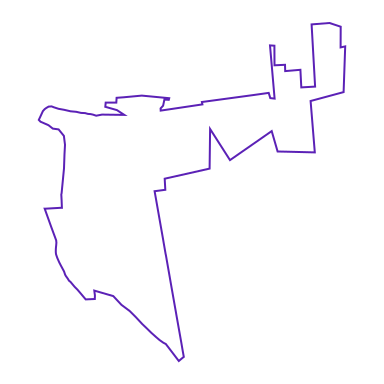 Guadalupe Etla, Oaxaca, Mexico
{"feature_id": "50627088B16387311054674", "entity_name": "Guadalupe Etla", "entity_type": "district", "adm_level": 2, "iso_a3": "MEX", "parent_name": "Mexico", "parent_adm1": "Oaxaca", "projection": "equal_earth", "projection_center": [-96.805, 17.176], "detail": "fine", "context": "isolated", "style": "outline", "palette": "violet", "viewbox_px": 384, "rotation_deg": 0, "n_neighbors": 0, "source": "geoboundaries", "source_scale": "gbopen_adm2", "svg_char_len": 1808}
<svg xmlns="http://www.w3.org/2000/svg" viewBox="0 0 384 384"><path d="M314.8,152.4L310.6,101.0L343.6,92.1L345.2,46.4L340.6,47.4L340.7,26.7L329.5,23.0L311.6,24.4L315.1,86.6L301.3,87.4L300.4,69.8L285.2,71.1L285.0,64.8L274.5,65.3L274.4,45.7L270.0,45.4L274.6,98.6L270.3,98.1L268.7,92.9L253.0,95.1L204.2,101.7L201.9,102.0L202.4,104.4L160.7,110.6L160.6,108.4L163.1,105.7L164.4,99.6L168.8,99.8L169.2,98.2L141.8,95.6L123.5,97.3L116.6,97.8L116.3,102.6L105.7,102.6L105.3,106.8L116.9,110.1L124.3,114.9L102.0,114.6L96.2,115.7L92.9,114.6L90.6,114.1L87.9,113.9L85.1,113.1L81.0,112.9L76.2,111.8L70.6,111.3L64.1,109.8L58.5,108.8L53.9,107.3L51.6,106.4L48.6,106.6L46.4,107.9L44.7,109.1L42.9,111.1L40.5,116.3L38.8,119.9L40.5,121.7L48.5,125.2L52.8,128.6L58.6,129.4L63.9,135.9L65.0,144.8L64.5,154.0L64.0,168.4L61.6,193.2L61.3,194.5L61.6,200.1L61.9,207.8L61.0,207.8L59.1,207.9L45.2,208.7L44.7,208.7L51.0,226.3L56.2,240.4L56.2,240.8L56.4,242.6L56.2,245.2L55.9,248.1L55.8,250.1L55.8,252.2L55.9,253.1L56.0,254.1L56.5,255.7L57.0,257.1L57.4,258.2L58.9,261.6L59.3,262.5L60.9,265.6L63.7,270.8L64.1,271.6L65.0,274.3L65.5,275.4L66.0,276.2L67.3,278.0L67.8,278.7L69.0,280.7L69.4,281.0L70.5,281.9L73.6,285.6L74.7,286.9L75.5,287.7L77.4,289.6L80.4,293.1L85.7,299.4L94.8,299.0L94.9,296.0L94.9,295.1L94.7,293.8L94.3,290.6L113.3,296.1L121.4,304.8L129.8,311.1L135.4,316.7L135.6,316.9L138.5,320.0L142.2,324.0L146.0,327.6L151.3,332.8L156.0,337.0L159.5,340.0L163.3,342.7L165.8,344.0L169.8,349.2L178.8,361.0L182.5,357.9L183.8,356.9L182.7,350.8L181.3,342.6L176.3,314.5L176.1,313.3L175.9,312.1L174.9,306.5L170.9,283.8L169.6,276.3L165.9,255.2L165.6,253.9L163.5,241.8L163.1,239.4L154.6,191.2L165.3,189.8L164.7,178.7L209.6,168.6L210.1,129.0L230.0,160.1L271.7,131.1L277.6,151.5L287.0,151.7L314.8,152.4Z" fill="none" stroke="#5b21b6" stroke-width="2"/></svg>